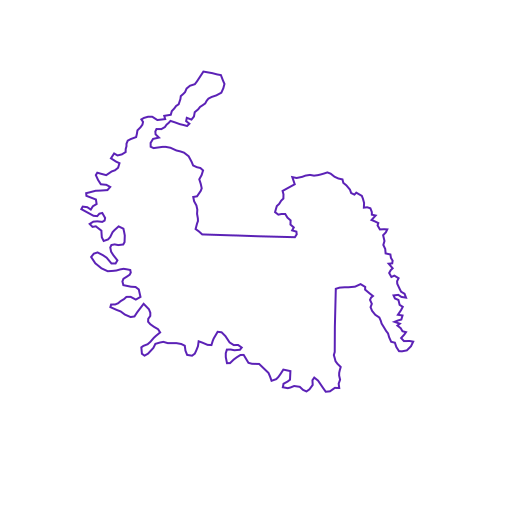 Barbosa Ferraz, Paraná, Brazil, rotated 119°
{"feature_id": "56859067B3307529772083", "entity_name": "Barbosa Ferraz", "entity_type": "district", "adm_level": 2, "iso_a3": "BRA", "parent_name": "Brazil", "parent_adm1": "Paraná", "projection": "equal_earth", "projection_center": [-52.053, -24.072], "detail": "fine", "context": "isolated", "style": "outline", "palette": "violet", "viewbox_px": 512, "rotation_deg": 119, "n_neighbors": 0, "source": "geoboundaries", "source_scale": "gbopen_adm2", "svg_char_len": 5463}
<svg xmlns="http://www.w3.org/2000/svg" viewBox="0 0 512 512"><g transform="rotate(119 256 256)"><path d="M331.1,119.2L327.6,121.8L323.4,122.5L320.3,125.3L317.9,126.6L315.1,127.4L312.0,128.1L310.8,132.5L309.5,135.4L307.5,137.3L304.9,139.9L301.8,140.6L279.5,152.8L246.0,170.3L243.1,167.5L240.3,163.2L238.4,159.8L234.8,154.5L229.9,150.9L230.1,145.5L232.5,144.3L233.6,138.7L234.3,134.3L236.6,135.2L239.1,135.0L241.7,131.5L245.2,131.0L247.7,127.9L249.6,123.2L250.0,118.3L252.3,115.3L254.2,113.4L256.2,109.8L258.5,105.8L259.7,103.0L262.5,100.2L265.5,96.2L264.5,92.5L267.6,89.1L269.9,84.8L268.6,82.1L265.4,78.3L259.8,76.7L254.7,77.0L255.8,80.3L258.7,85.4L257.4,89.3L252.8,88.2L249.9,87.9L250.8,91.4L249.0,94.4L248.3,98.6L245.5,97.4L246.4,102.9L243.6,100.6L241.1,98.1L237.0,99.0L238.6,103.4L233.1,102.9L229.3,103.0L229.1,106.7L225.4,110.1L225.8,113.9L223.8,116.6L221.0,112.7L221.3,109.0L219.7,104.6L217.0,107.8L216.9,111.8L215.2,114.3L211.8,119.0L209.6,120.4L206.3,120.5L206.1,125.5L208.7,127.4L206.3,131.3L203.1,131.3L200.5,130.5L198.4,136.2L196.4,133.3L193.9,134.2L192.2,137.1L189.5,139.2L190.9,143.9L187.2,146.4L184.6,150.0L180.6,150.9L176.2,154.9L172.4,153.9L169.1,154.1L170.5,157.0L172.7,160.5L170.3,164.5L167.9,165.0L168.1,168.9L168.5,172.4L162.6,171.0L163.7,174.7L161.4,176.0L158.8,179.1L159.5,182.4L161.4,185.1L157.2,187.2L154.1,190.2L152.1,192.6L152.0,199.0L154.6,199.7L154.8,203.3L152.4,206.0L150.4,211.2L149.7,215.1L147.1,217.5L148.3,221.6L148.6,225.8L147.8,230.6L148.3,234.1L151.1,236.7L153.4,239.0L155.3,241.1L157.6,244.2L158.9,248.1L161.7,251.7L164.3,253.9L168.1,258.3L169.4,262.5L174.5,256.9L177.8,259.0L186.2,264.3L188.7,261.9L192.5,259.9L195.4,260.8L199.2,261.0L202.2,262.0L204.6,261.5L208.4,260.6L209.0,256.5L206.9,254.1L205.1,250.8L207.2,247.1L208.1,243.0L211.8,241.1L212.7,236.8L216.1,236.8L215.1,232.5L217.3,230.9L220.7,231.1L237.6,263.5L247.5,283.0L249.5,286.8L263.2,313.5L262.2,317.8L261.7,321.9L256.2,323.3L253.6,323.7L251.4,325.0L247.7,328.0L243.9,329.8L240.7,332.6L238.1,336.7L234.8,339.5L232.4,336.5L225.8,335.9L223.1,336.3L219.7,339.3L216.4,342.8L211.6,342.8L206.8,343.8L206.0,347.3L207.0,350.8L207.3,354.9L204.9,357.9L201.4,363.3L200.5,369.1L201.2,372.9L202.3,376.8L202.8,383.3L204.3,387.8L205.9,390.7L208.9,394.7L211.3,397.9L211.5,401.1L208.2,403.0L203.5,402.8L199.5,398.3L198.3,402.8L195.9,404.4L193.2,404.6L190.9,400.3L187.4,398.2L184.5,397.9L181.9,396.9L179.3,396.3L178.4,391.6L177.6,386.5L176.6,383.0L175.7,379.3L172.6,378.4L171.9,382.5L168.7,383.5L168.0,378.6L164.1,377.9L159.9,379.3L155.8,377.7L152.7,377.2L150.1,375.8L147.2,374.4L144.1,374.4L141.4,373.9L138.4,371.9L134.8,368.6L130.0,365.5L125.1,365.9L120.8,367.0L118.5,370.0L114.8,374.4L116.0,377.9L117.3,383.0L120.2,391.4L132.1,392.3L135.4,392.8L139.1,396.3L143.2,397.9L147.1,397.5L149.6,398.2L152.6,399.3L155.4,398.2L160.8,397.2L163.5,398.6L166.6,399.0L170.1,399.9L173.8,399.0L177.9,404.2L180.3,401.8L184.9,408.2L184.5,414.2L186.5,417.9L189.5,420.9L192.1,422.5L193.5,419.8L196.2,419.0L199.4,419.4L203.6,420.6L206.9,419.4L210.1,418.5L214.4,422.2L217.3,424.1L220.6,423.7L222.8,422.5L225.7,421.8L228.3,420.4L232.2,422.6L235.2,425.9L235.1,429.8L240.9,430.2L241.3,424.0L241.0,420.4L245.7,419.4L249.4,420.9L252.0,423.2L257.9,426.2L259.2,431.4L260.1,435.2L262.9,435.3L266.0,431.1L268.5,426.5L266.3,421.4L266.3,417.0L270.4,417.9L274.4,424.1L276.7,427.9L281.1,432.5L283.4,435.0L285.6,433.5L284.2,423.4L287.8,420.6L291.6,422.8L295.5,423.0L295.1,427.2L296.8,431.5L299.7,431.5L299.6,417.6L298.1,414.2L294.9,413.5L292.9,411.3L295.9,406.4L298.4,405.6L300.7,407.0L302.6,411.6L304.8,414.9L308.6,417.0L309.8,413.1L307.7,410.5L308.8,403.5L311.2,402.0L314.4,399.9L316.7,396.5L313.2,393.4L310.1,392.7L304.7,393.0L301.9,392.3L296.7,390.5L296.4,385.2L298.9,383.0L301.7,380.7L307.6,377.7L310.3,377.7L313.2,381.7L314.4,385.3L316.5,387.8L319.2,387.6L322.5,384.8L324.4,381.3L327.0,375.1L330.6,375.2L332.6,378.8L329.9,385.8L329.5,390.4L329.7,396.3L332.6,399.0L336.8,399.7L340.3,393.0L341.7,385.2L341.2,378.3L338.3,373.8L336.4,371.1L333.5,368.2L331.4,365.6L330.3,362.6L329.2,359.2L331.2,357.5L333.6,357.4L336.4,358.8L340.2,360.9L343.0,360.5L345.8,357.9L343.5,350.5L341.5,346.3L342.1,342.3L347.8,337.2L352.4,340.0L352.5,345.8L354.6,349.5L357.6,350.5L361.1,352.5L364.2,353.7L366.6,355.6L368.7,359.2L371.3,358.6L370.7,351.6L370.1,347.5L370.8,342.3L370.2,336.1L367.8,333.0L362.6,332.6L352.3,331.1L354.5,323.8L356.9,320.9L359.7,319.4L363.2,319.8L365.8,318.5L366.9,315.4L367.4,311.0L367.5,306.2L369.3,302.8L374.4,304.8L377.1,305.7L382.4,306.8L385.7,308.0L389.2,310.9L391.5,312.0L396.8,308.4L397.2,305.2L393.8,303.1L386.2,301.2L381.6,301.4L378.1,297.9L376.0,295.4L375.0,291.0L370.8,283.4L369.2,278.7L369.0,274.8L373.0,271.8L375.9,268.3L374.2,263.6L371.1,262.2L368.0,262.4L363.1,263.0L358.4,264.8L357.8,261.1L357.2,255.3L355.5,251.8L351.2,252.7L348.7,253.0L340.9,252.8L339.4,249.1L340.9,243.9L344.4,237.2L344.7,232.3L342.5,228.5L343.0,224.1L345.8,224.6L348.9,229.2L350.1,232.9L352.0,236.1L355.7,235.3L359.1,233.4L363.8,229.4L362.3,226.8L357.4,225.3L353.9,223.7L350.1,221.6L348.5,218.8L353.1,210.8L352.2,207.2L348.9,200.9L352.2,188.4L354.6,185.3L357.6,181.9L353.9,178.6L351.1,177.8L347.8,177.4L342.1,177.0L340.0,170.1L347.7,166.3L350.5,167.5L354.4,170.0L357.8,168.9L356.2,164.1L354.3,162.1L351.2,159.6L349.2,154.3L350.3,150.0L350.0,146.2L346.7,144.6L341.3,143.9L337.3,146.4L334.1,146.1L334.9,141.3L338.8,133.6L340.9,129.2L338.5,125.7L333.1,123.1L331.1,119.2Z" fill="none" stroke="#5b21b6" stroke-width="2"/></g></svg>